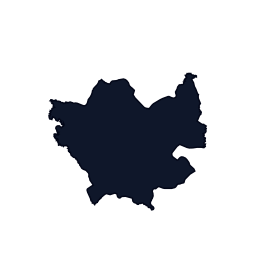 Mueang Sakon Nakhon, Sakon Nakhon, Thailand (Mercator projection), rotated 305°
{"feature_id": "78962969B18932454885431", "entity_name": "Mueang Sakon Nakhon", "entity_type": "district", "adm_level": 2, "iso_a3": "THA", "parent_name": "Thailand", "parent_adm1": "Sakon Nakhon", "projection": "mercator", "projection_center": [104.081, 17.195], "detail": "fine", "context": "isolated", "style": "filled", "palette": "ink", "viewbox_px": 256, "rotation_deg": 305, "n_neighbors": 0, "source": "geoboundaries", "source_scale": "gbopen_adm2", "svg_char_len": 5705}
<svg xmlns="http://www.w3.org/2000/svg" viewBox="0 0 256 256"><g transform="rotate(305 128 128)"><path d="M209.2,154.6L209.9,154.1L209.9,153.7L209.5,152.8L208.5,152.2L208.8,151.4L208.7,150.8L208.1,150.5L208.2,148.9L208.7,148.2L207.9,147.3L207.8,146.6L207.3,146.5L207.1,146.7L206.8,146.5L206.9,146.0L206.5,145.2L205.9,145.3L205.7,145.5L205.2,145.3L204.5,145.3L204.0,144.8L203.5,145.9L203.6,146.3L203.0,146.3L202.8,147.2L201.7,147.0L201.1,146.6L200.9,147.0L200.0,147.2L199.8,146.6L199.3,146.6L199.0,146.9L199.4,147.5L199.2,148.0L198.4,147.2L198.0,147.6L197.6,147.6L197.4,147.3L197.1,147.8L195.5,148.3L194.6,147.7L194.1,146.8L193.6,146.5L192.7,145.3L190.1,145.2L188.2,145.9L184.8,146.3L183.4,147.7L182.9,148.7L180.9,149.6L179.0,148.8L178.6,148.3L177.8,146.5L177.3,143.6L176.7,142.8L172.1,139.6L169.6,138.2L162.4,135.0L160.5,134.6L155.6,134.3L155.5,133.1L154.5,132.4L154.6,131.3L154.1,130.7L154.2,129.9L154.0,129.6L156.6,116.6L158.1,113.0L162.3,111.7L162.6,111.3L162.4,110.5L162.9,109.4L163.0,107.1L163.4,104.8L165.2,102.4L166.0,99.9L166.1,98.1L165.5,96.2L161.9,92.6L161.0,92.2L159.9,91.2L157.4,88.2L155.6,87.8L153.7,88.0L152.5,85.8L152.3,83.7L152.0,83.0L151.5,82.7L152.3,81.8L152.1,80.3L152.5,78.6L150.9,78.1L149.8,77.3L148.5,77.8L146.1,78.0L141.5,77.3L140.0,77.3L139.3,77.7L138.1,77.6L136.8,78.3L134.6,79.0L131.8,79.4L128.6,79.2L125.4,80.4L124.1,80.6L122.2,80.4L121.3,79.7L120.8,79.0L120.4,77.9L119.1,72.3L118.4,70.8L116.9,69.2L116.9,68.4L116.1,65.7L114.1,64.2L113.9,63.9L114.1,63.7L114.0,63.1L113.6,63.2L113.0,62.7L113.1,62.2L112.7,62.3L112.2,61.9L111.9,62.0L111.7,61.5L111.1,61.2L111.4,60.2L110.3,58.2L110.7,57.4L110.1,56.4L110.3,56.1L109.0,54.2L108.9,53.4L109.5,53.2L109.4,52.7L107.7,51.7L107.4,49.5L106.8,48.6L106.2,48.8L105.7,48.7L106.2,50.0L105.4,50.3L105.8,51.1L104.5,51.6L105.0,52.9L103.7,54.0L102.5,54.6L102.4,55.0L102.8,55.4L102.8,55.9L100.4,54.6L99.3,55.2L98.4,55.3L97.8,54.4L97.3,55.1L96.8,54.8L96.7,55.5L96.3,55.8L95.0,55.4L94.6,55.4L95.0,56.2L94.7,56.8L93.7,56.7L93.2,57.0L93.0,56.3L92.8,56.2L91.3,57.6L90.6,58.6L90.6,59.1L91.2,59.8L91.3,60.7L94.0,60.0L94.2,62.9L93.1,64.4L93.3,66.4L93.8,66.7L95.5,66.1L96.1,66.3L95.8,68.2L94.3,68.5L94.2,69.4L95.1,69.8L94.2,70.1L93.0,71.5L93.1,72.9L93.8,72.5L94.2,72.9L94.9,72.5L94.3,73.5L93.6,73.9L92.4,74.1L91.1,73.3L90.2,73.4L90.0,72.2L90.4,70.9L90.3,70.4L89.4,69.2L88.3,68.6L87.3,68.6L86.2,69.2L85.5,70.7L84.3,72.0L84.3,72.6L84.7,73.6L83.5,73.2L83.3,73.9L83.3,74.6L82.8,74.2L82.6,74.9L82.3,74.9L81.5,73.6L81.8,72.4L80.8,71.1L80.4,71.2L80.5,71.6L79.0,72.0L79.3,73.0L78.6,72.8L78.3,73.1L77.8,74.4L78.2,74.5L78.2,75.2L77.1,76.2L78.6,76.2L78.8,76.4L78.6,77.0L78.1,77.6L77.6,77.1L77.0,77.4L76.7,78.6L76.4,78.6L76.5,79.1L76.3,78.8L76.1,79.0L76.2,79.4L75.8,80.1L75.4,79.9L74.7,80.8L74.2,80.8L74.1,81.0L74.9,81.6L75.1,82.1L75.7,82.1L75.3,82.8L75.3,83.7L75.9,83.9L76.2,84.4L75.8,85.6L77.0,85.6L77.3,86.6L78.0,86.9L78.2,87.3L78.5,87.1L78.4,87.2L78.6,87.4L78.3,88.0L78.5,88.4L78.3,88.5L78.4,89.8L78.1,89.8L77.9,90.4L77.5,90.7L76.9,90.5L77.1,91.1L76.7,91.2L76.7,91.7L76.4,91.6L75.8,92.2L75.3,92.2L74.9,92.7L75.3,93.3L74.6,94.0L75.0,94.9L74.6,95.1L73.0,97.3L73.2,97.9L72.9,98.8L72.9,100.3L73.5,102.2L72.8,103.0L73.2,103.4L73.1,103.8L72.1,105.5L71.9,106.7L71.4,107.1L71.2,107.0L71.1,107.7L70.9,107.7L71.0,108.6L69.8,110.1L69.8,110.7L68.6,113.2L68.6,115.0L69.3,117.9L68.5,121.5L67.7,122.6L65.8,123.8L64.8,125.5L63.5,126.8L61.4,132.3L55.2,129.9L54.4,129.8L53.6,130.2L52.3,131.8L48.8,137.7L47.2,139.5L47.3,140.7L46.1,141.9L46.7,142.3L46.8,143.3L46.4,143.6L46.2,144.5L47.0,144.2L47.5,144.8L48.5,144.7L49.5,145.5L50.1,145.2L50.8,145.4L52.1,145.2L52.9,145.4L53.3,145.7L54.1,145.4L54.8,145.9L55.2,145.6L55.6,146.0L56.5,145.8L57.3,146.3L58.4,146.4L61.5,147.5L62.0,148.2L63.2,151.5L67.1,154.5L67.7,156.6L65.7,159.0L65.6,160.7L66.1,161.5L68.3,162.1L70.7,165.1L72.9,171.3L72.9,172.0L70.9,174.0L70.5,175.7L71.1,177.8L70.9,179.1L71.1,179.8L71.5,180.3L72.8,180.5L73.5,181.7L74.4,182.3L75.1,183.2L75.1,184.6L74.7,184.7L74.7,185.0L75.2,185.5L75.5,186.3L75.2,186.5L75.3,187.0L75.0,187.5L75.4,188.2L75.3,189.6L74.7,190.2L75.1,191.2L75.6,191.6L75.7,192.6L75.3,192.8L75.1,193.4L74.5,194.2L75.3,195.1L76.0,195.4L77.2,195.1L77.9,193.6L77.7,192.6L78.2,191.7L78.1,190.4L79.8,189.0L81.2,188.6L82.1,188.6L83.0,188.1L83.9,188.3L86.7,187.5L88.7,185.8L89.9,184.2L91.0,183.7L92.8,183.7L93.4,184.0L93.7,184.9L94.3,185.5L97.2,186.2L98.0,187.5L98.9,191.1L99.6,192.6L103.7,198.4L106.0,200.4L107.2,200.8L110.2,200.8L111.0,201.4L112.0,202.6L113.3,203.4L115.1,205.0L115.6,205.0L118.1,204.1L119.1,204.1L125.8,205.2L131.0,207.4L132.2,205.4L132.9,199.9L134.6,197.7L135.8,194.4L136.2,192.3L135.7,189.6L134.8,188.2L133.5,187.6L130.5,187.2L129.8,186.8L130.0,181.4L130.5,179.9L131.9,178.6L133.1,178.2L141.0,178.6L144.3,179.7L146.0,187.5L146.9,189.7L149.0,192.5L152.1,195.8L154.4,199.2L155.2,201.0L155.4,201.2L155.7,200.4L156.3,200.2L156.4,201.6L157.2,201.9L158.1,200.8L159.2,200.6L158.6,199.4L159.0,198.7L159.5,198.5L161.4,199.0L161.8,198.6L162.3,197.1L162.6,197.0L162.9,197.5L163.3,197.6L164.1,197.1L164.1,195.5L164.4,194.6L164.8,194.2L165.5,194.6L166.0,194.4L166.4,192.9L168.3,193.9L169.7,193.9L171.0,193.0L171.1,192.1L172.1,192.4L172.5,192.3L172.5,191.2L172.8,190.9L174.4,190.9L174.4,189.6L174.1,189.1L174.4,188.0L173.7,187.1L173.4,186.1L173.3,180.7L179.4,179.3L181.0,179.7L181.3,179.2L182.4,179.3L183.3,178.3L182.6,177.4L183.5,177.2L184.2,175.6L185.3,174.3L186.0,174.5L186.5,173.7L187.3,173.3L189.6,173.2L192.6,168.5L194.7,166.9L195.7,166.6L195.9,165.3L198.7,161.2L200.1,158.5L202.7,155.6L203.9,153.0L204.5,152.5L205.5,152.0L205.6,152.3L206.3,152.4L206.4,153.0L206.8,153.3L207.9,153.2L208.2,152.8L208.6,153.3L208.5,153.8L209.2,154.0L209.2,154.6Z" fill="#0f172a" stroke="#020617" stroke-width="1.5"/></g></svg>